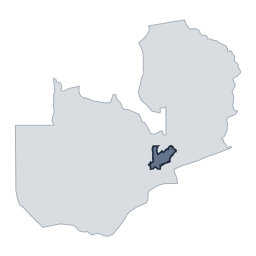 Luano, Central, Zambia (highlighted)
{"feature_id": "96606910B16035329871790", "entity_name": "Luano", "entity_type": "district", "adm_level": 2, "iso_a3": "ZMB", "parent_name": "Zambia", "parent_adm1": "Central", "projection": "robinson", "projection_center": [29.687, -14.461], "detail": "fine", "context": "in_parent", "style": "filled", "palette": "slate", "viewbox_px": 256, "rotation_deg": 0, "n_neighbors": 0, "source": "geoboundaries", "source_scale": "gbopen_adm2", "svg_char_len": 7836}
<svg xmlns="http://www.w3.org/2000/svg" viewBox="0 0 256 256"><path d="M177.5,183.5L164.7,183.6L160.0,184.7L156.2,186.4L151.6,189.2L149.0,191.1L148.3,192.2L147.9,194.5L147.9,198.1L147.5,200.7L146.1,203.1L139.2,205.9L134.7,208.3L130.2,211.1L126.9,214.7L124.6,219.1L120.8,224.6L112.8,234.4L108.2,236.2L104.4,235.8L99.7,233.8L96.0,233.4L93.2,234.7L90.7,234.3L88.4,232.2L86.4,231.5L84.8,232.0L82.8,231.9L79.1,230.8L75.9,227.3L74.2,225.8L72.8,225.3L69.0,224.7L60.2,223.9L51.1,225.7L43.1,227.4L34.9,219.6L27.0,211.4L25.3,209.3L22.3,206.5L20.2,205.2L19.4,204.5L17.2,197.1L15.9,190.4L15.4,125.4L51.3,125.4L53.6,125.2L53.7,124.5L52.0,121.0L52.1,119.8L52.5,117.4L54.1,112.7L54.2,111.1L53.4,106.0L53.5,103.2L53.8,97.4L53.6,95.4L54.4,92.8L54.7,91.1L55.0,90.4L54.6,88.4L53.8,81.5L53.4,78.6L55.6,79.1L56.3,80.5L56.7,82.0L57.7,82.1L60.2,83.0L61.1,84.3L61.7,87.1L61.4,88.5L60.6,89.6L61.4,90.6L63.1,91.3L64.1,91.1L67.0,89.2L69.7,88.5L71.0,88.0L77.0,86.8L78.1,86.1L79.0,86.1L79.6,86.7L79.0,88.6L78.9,90.4L79.6,93.6L80.2,95.1L81.4,96.3L82.3,96.8L83.3,98.0L85.4,97.8L89.9,99.5L91.3,100.3L93.2,101.0L94.6,101.3L99.3,101.9L104.3,102.8L106.8,102.9L108.6,102.7L109.9,102.2L110.7,101.7L111.1,101.2L112.9,95.0L113.9,94.5L115.1,94.2L115.8,94.8L116.6,98.7L120.2,102.2L121.4,105.2L122.3,107.7L123.1,108.4L124.5,109.3L126.6,109.6L128.6,109.7L138.2,114.0L139.3,114.8L140.5,117.1L141.2,119.7L142.0,121.8L143.2,122.2L144.3,122.4L145.4,123.8L146.3,125.0L149.1,130.1L149.5,132.2L150.9,133.5L152.8,134.1L154.5,134.2L155.5,133.6L158.0,132.5L159.9,131.3L161.3,130.9L162.1,131.1L162.8,132.0L163.2,134.5L164.5,135.4L165.6,135.0L165.9,134.0L166.0,133.5L165.9,106.9L165.1,107.0L164.0,107.8L161.4,107.9L160.4,108.5L160.1,109.3L160.3,110.4L160.4,111.9L160.0,112.6L158.9,112.9L157.2,112.3L154.3,111.6L151.9,111.1L150.1,109.1L147.7,106.1L146.2,104.6L142.4,101.4L141.8,100.8L140.6,99.3L139.6,96.8L138.7,93.9L138.2,92.1L139.1,89.2L141.3,80.0L141.8,77.1L143.6,74.2L143.7,71.6L143.0,68.2L143.2,66.3L143.4,55.8L142.9,52.4L141.7,48.7L139.0,43.5L139.0,42.4L143.2,39.1L144.4,37.8L146.6,35.1L148.1,32.8L149.0,30.9L149.3,28.5L148.6,26.2L150.0,25.7L184.5,19.8L185.0,21.3L186.0,24.0L187.2,25.9L188.7,27.6L189.9,28.6L190.7,29.0L196.0,28.8L198.0,29.9L199.6,31.2L200.0,33.2L201.1,34.5L202.3,35.5L202.8,35.6L203.7,35.4L205.1,35.3L206.4,35.8L207.0,36.2L207.1,37.9L207.5,38.7L209.3,39.0L211.1,39.1L212.9,40.2L214.8,40.5L217.0,40.9L218.0,42.2L220.4,43.4L223.2,44.6L226.4,46.4L226.4,47.0L227.0,48.1L227.5,48.9L227.6,50.1L227.8,51.2L228.6,51.4L229.3,51.5L229.9,50.7L230.8,50.8L231.7,51.3L232.0,52.5L232.7,54.2L233.9,55.3L234.7,56.4L234.4,58.5L233.9,60.3L235.5,62.1L237.5,63.9L238.1,64.6L238.3,67.2L238.6,68.1L240.0,70.2L240.6,71.6L240.6,72.4L236.8,76.7L234.5,77.3L233.5,78.2L232.9,79.1L234.4,83.3L235.2,84.9L234.5,86.9L233.0,90.3L232.3,90.6L232.2,93.2L232.6,94.1L233.4,94.9L233.6,96.6L233.6,101.0L232.6,105.9L234.3,110.2L234.9,110.7L237.2,110.7L237.6,111.1L237.0,112.3L235.4,114.2L232.4,115.7L228.1,117.3L227.2,118.9L226.7,121.1L227.1,122.4L227.7,123.2L227.5,125.2L227.1,127.3L227.2,128.9L227.1,130.4L226.5,131.1L225.7,133.3L224.8,135.5L224.1,136.5L223.0,137.5L221.3,138.4L221.3,138.8L223.3,139.8L223.7,140.5L223.9,141.0L223.1,142.1L224.0,142.8L225.1,143.4L226.1,144.8L227.3,147.6L227.5,147.9L227.8,147.9L228.4,147.6L229.6,146.5L230.5,146.1L231.5,147.7L213.6,154.5L209.4,155.9L203.1,158.3L201.1,159.2L199.5,160.1L182.8,165.4L180.2,166.4L174.3,169.2L174.1,169.6L174.2,170.9L174.7,173.4L175.8,175.7L176.6,177.1L177.2,180.5L177.5,183.5Z" fill="#d9dde1" stroke="#a8b0b8" stroke-width="1"/><path d="M150.5,169.2L153.1,168.8L154.8,167.1L155.1,166.7L155.3,166.6L157.7,169.0L160.3,169.0L160.4,165.5L160.3,165.4L160.5,165.4L160.7,165.2L160.8,165.2L161.0,165.5L161.3,165.3L161.5,165.4L161.5,165.2L161.7,165.3L161.8,165.4L161.9,165.5L162.0,165.4L161.9,165.2L162.2,164.7L162.3,164.7L162.6,164.6L162.8,164.6L162.7,164.4L162.9,164.4L163.0,164.2L163.4,164.1L163.2,163.9L163.4,163.9L163.5,163.8L163.8,163.7L163.9,163.8L164.0,163.7L164.1,163.8L164.2,163.7L164.4,163.4L164.5,163.4L164.7,163.2L164.8,163.3L164.9,163.2L165.1,163.0L165.5,163.2L165.8,163.0L166.0,163.0L166.3,162.7L166.6,162.6L166.9,162.7L167.0,162.6L167.3,162.6L167.4,162.4L167.6,162.5L167.7,162.3L167.8,162.3L167.9,162.1L167.9,161.7L168.1,161.7L168.2,161.9L168.3,162.1L168.5,162.2L168.6,161.9L168.7,162.0L168.8,162.1L169.1,161.9L169.0,161.6L169.3,161.5L169.5,161.7L169.8,161.8L170.0,161.6L170.1,161.3L170.1,161.1L170.0,160.9L169.8,160.9L169.7,160.9L169.5,160.5L169.5,160.1L169.6,159.7L169.6,159.4L169.9,159.2L170.0,159.0L170.0,158.9L169.8,158.9L169.9,158.6L170.2,158.5L170.3,158.2L170.2,158.0L170.3,157.6L170.5,157.0L170.7,156.7L171.1,156.7L171.2,156.4L171.2,156.2L171.2,155.9L171.4,155.5L171.5,155.5L171.6,155.4L171.8,155.2L171.9,155.3L172.0,155.4L172.1,155.5L172.3,155.6L172.6,155.0L172.8,154.9L172.7,154.8L172.7,154.6L173.0,154.5L173.0,154.3L173.3,154.0L173.2,153.9L173.3,153.8L173.8,153.5L173.8,153.3L174.0,153.0L174.1,152.9L174.2,152.7L174.3,152.4L174.5,152.3L174.7,152.2L174.8,152.2L175.0,152.0L175.1,151.8L175.3,151.7L175.3,151.4L175.6,151.5L175.7,151.4L175.9,151.5L176.0,151.5L175.9,151.1L175.7,151.0L175.8,150.8L175.9,150.7L175.7,150.5L175.7,150.4L175.7,150.2L175.5,149.8L175.4,149.8L175.4,149.7L175.5,149.7L175.4,149.6L175.2,149.6L175.1,149.4L175.1,149.5L175.0,149.4L174.9,149.2L174.7,149.1L174.4,149.1L173.9,148.9L173.6,148.9L173.4,148.8L173.3,148.5L173.1,148.4L173.1,147.8L173.1,147.6L173.0,147.3L172.8,147.2L173.0,147.1L172.9,146.9L172.5,146.6L172.4,146.5L172.3,146.4L172.2,146.4L172.1,146.5L172.1,146.2L171.9,146.1L171.7,146.0L171.4,146.0L171.2,145.9L170.9,145.9L170.9,146.0L170.8,145.9L170.6,146.1L170.4,146.1L170.2,146.0L169.9,146.1L169.7,146.2L169.4,146.4L168.9,147.0L168.7,147.2L168.7,147.4L168.7,147.7L168.7,147.8L168.6,148.1L168.5,148.3L168.4,148.3L168.4,148.8L168.3,149.1L168.2,149.2L168.2,149.3L168.0,149.2L167.9,149.2L167.7,149.2L167.2,149.0L167.1,148.9L167.0,149.1L166.9,149.2L166.7,149.2L166.6,149.3L166.6,149.6L166.3,149.6L165.9,149.6L165.7,149.8L165.6,150.1L165.4,150.2L165.1,150.7L164.6,151.2L164.5,151.4L163.7,152.3L163.4,152.5L163.1,152.3L163.0,152.2L162.9,152.0L162.6,151.6L162.6,151.4L162.5,151.2L162.4,151.1L162.2,151.1L161.9,150.9L161.6,151.0L161.3,151.5L161.5,152.0L161.4,152.2L160.7,152.4L159.2,153.5L158.4,154.3L158.2,154.4L157.7,154.2L157.6,153.4L157.5,153.1L157.3,152.9L156.9,151.7L156.8,150.5L156.9,150.3L156.9,149.7L156.7,149.0L156.8,148.8L156.8,148.5L156.9,148.4L157.0,148.2L157.3,148.0L157.4,147.9L157.4,147.7L157.5,147.4L157.6,147.1L157.7,146.9L157.9,146.3L158.1,146.1L157.7,146.2L157.3,146.0L156.7,146.1L156.2,145.9L155.9,145.9L155.4,146.1L155.2,146.1L154.5,146.3L154.1,146.2L153.8,146.2L153.7,146.3L153.5,146.2L153.4,146.0L153.2,146.2L153.0,146.5L153.0,147.0L152.8,147.1L152.7,147.3L152.6,147.8L152.5,148.1L152.6,148.4L152.6,148.5L152.4,148.6L152.4,148.8L152.2,149.0L152.3,149.4L152.4,149.5L152.5,149.6L152.4,149.7L152.5,150.1L152.5,150.5L152.4,150.8L152.7,151.3L152.9,151.8L153.0,152.3L152.9,152.5L153.0,152.8L153.0,153.0L152.9,153.2L153.0,153.8L153.1,154.0L152.8,154.5L152.8,154.9L152.7,154.9L152.7,155.2L152.8,155.5L153.0,156.3L153.1,156.7L153.2,157.0L152.9,157.1L152.8,157.7L152.8,157.8L152.9,158.2L152.8,158.3L153.0,158.5L152.9,158.6L153.0,158.7L153.0,158.8L152.9,159.0L152.9,159.3L153.0,159.6L152.9,159.7L152.9,159.9L153.0,160.4L153.0,160.6L153.1,161.0L153.0,161.3L152.9,161.5L152.8,161.8L152.8,162.3L151.4,162.4L151.2,162.4L150.6,161.9L150.4,162.1L150.5,162.2L150.8,162.4L150.8,162.5L151.0,162.6L151.1,163.2L150.9,163.3L150.8,163.7L150.7,163.8L150.4,163.9L150.2,163.6L150.1,163.9L150.1,164.0L149.8,164.1L149.9,164.3L149.7,164.3L149.5,164.2L149.5,164.4L149.4,164.5L149.2,164.5L148.8,164.5L148.6,164.8L150.1,165.8L150.3,166.8L150.5,166.9L150.4,167.1L150.5,167.2L150.5,167.4L150.5,167.5L150.5,167.8L150.4,167.9L150.4,168.1L150.6,168.7L150.5,169.2Z" fill="#64748b" stroke="#1e293b" stroke-width="1.5"/></svg>